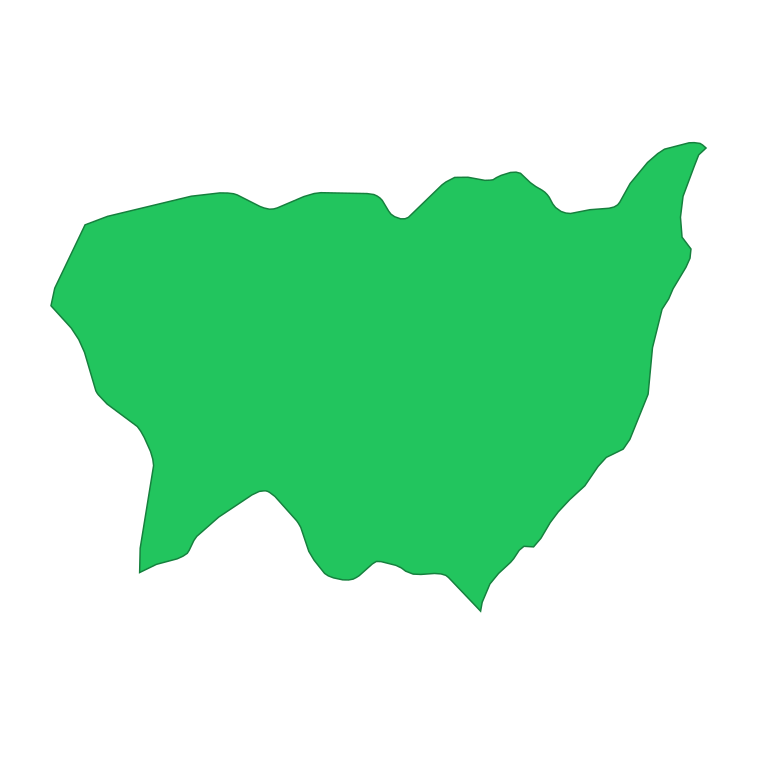 San José, Natural Earth projection, rotated 268°
{"feature_id": "URY-5", "entity_name": "San José", "entity_type": "Department", "adm_level": 1, "iso_a3": "URY", "parent_name": "Uruguay", "parent_adm1": "", "projection": "natural_earth1", "projection_center": [-56.713, -34.322], "detail": "fine", "context": "isolated", "style": "filled", "palette": "green", "viewbox_px": 768, "rotation_deg": 268, "n_neighbors": 0, "source": "natural_earth", "source_scale": "10m", "svg_char_len": 1998}
<svg xmlns="http://www.w3.org/2000/svg" viewBox="0 0 768 768"><g transform="rotate(268 384 384)"><path d="M608.6,714.1L602.0,706.5L590.9,701.7L561.1,689.4L540.3,686.1L520.3,687.0L508.2,695.5L499.0,694.2L490.2,689.9L469.1,676.2L459.1,671.5L449.0,664.5L410.9,653.6L364.6,647.6L320.1,627.8L310.6,620.8L302.9,603.6L294.1,595.0L275.3,581.2L261.9,565.5L250.0,553.6L239.6,545.2L224.4,535.5L216.0,527.8L216.9,518.2L213.2,513.4L204.9,507.5L201.4,504.3L190.7,491.9L180.5,482.9L162.4,474.5L153.6,472.6L188.4,441.7L190.6,439.1L192.2,434.4L192.9,427.8L192.4,414.2L193.0,406.5L196.2,399.1L199.6,394.9L202.4,389.4L206.6,374.9L206.9,370.1L204.6,366.1L193.3,352.5L191.6,349.6L190.1,346.4L189.4,341.7L189.7,336.0L192.0,326.8L194.2,321.6L196.8,318.0L210.3,308.0L219.4,303.0L243.6,295.8L247.8,293.6L250.3,292.0L275.5,271.0L279.5,266.1L280.6,264.3L281.3,262.3L281.4,260.2L281.0,255.6L277.8,248.2L256.8,214.2L238.3,191.6L234.2,188.5L224.6,183.5L221.7,181.5L219.0,177.2L216.5,171.2L211.7,150.3L204.1,133.2L228.4,134.6L310.5,150.9L317.0,150.3L324.8,148.3L338.8,142.6L345.4,139.2L350.1,136.0L373.6,106.6L383.1,98.2L384.7,97.1L387.2,95.8L426.1,85.8L439.1,80.5L450.8,73.4L473.8,53.9L491.3,58.3L553.5,90.8L561.2,113.6L578.4,197.9L580.7,226.7L580.3,234.4L579.4,240.3L578.1,243.9L565.8,266.2L564.1,270.3L562.7,275.6L562.8,279.8L563.7,283.5L574.1,310.4L576.8,320.8L577.4,327.6L574.9,373.8L573.7,380.5L572.1,383.7L570.0,386.5L567.5,388.7L556.6,394.7L553.5,396.9L550.8,400.5L548.5,406.4L548.4,410.8L549.7,414.2L580.9,448.8L583.8,453.0L588.0,461.9L587.7,475.1L584.0,491.9L584.0,497.0L584.3,500.1L586.3,503.5L588.4,508.3L591.0,517.8L591.1,523.4L589.8,527.8L580.2,537.2L576.0,542.6L572.2,548.7L570.1,551.4L567.6,553.7L564.9,555.6L558.1,558.9L554.4,561.6L550.3,566.9L548.5,571.7L547.9,576.4L551.0,595.9L551.8,615.1L552.9,620.2L554.9,623.8L557.5,626.0L575.8,637.0L596.2,655.1L604.7,665.6L608.9,672.5L614.4,697.3L614.4,702.4L613.4,708.3L611.7,710.8L608.6,714.1L608.6,714.1Z" fill="#22c55e" stroke="#15803d" stroke-width="1.5"/></g></svg>